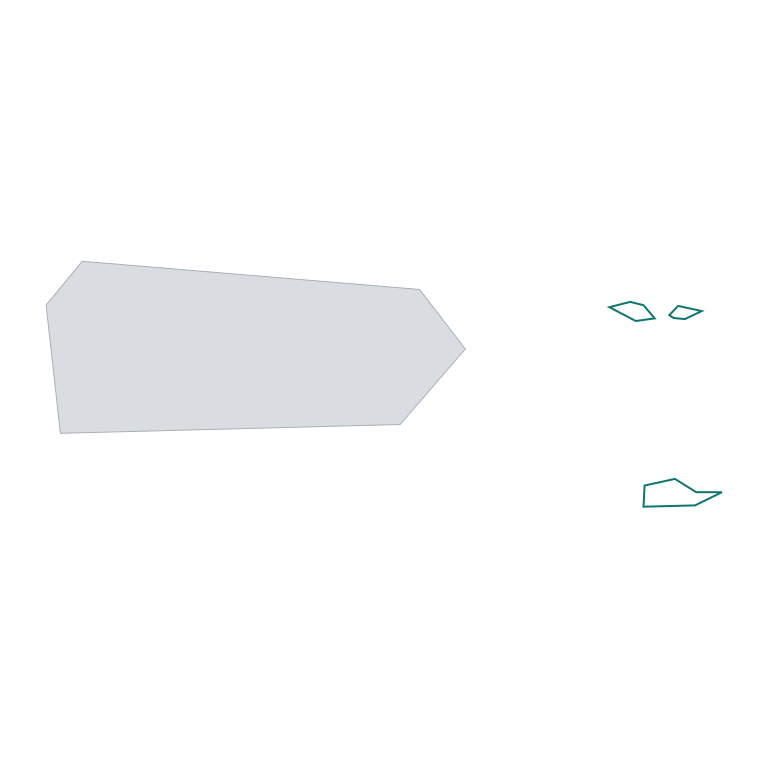 United States Virgin Islands highlighted among its neighbors
{"feature_id": "VIR", "entity_name": "United States Virgin Islands", "entity_type": "country or territory", "adm_level": 0, "iso_a3": "VIR", "parent_name": "North America", "parent_adm1": "", "projection": "natural_earth1", "projection_center": [-64.793, 18.043], "detail": "fine", "context": "with_neighbors", "style": "outline", "palette": "teal", "viewbox_px": 768, "rotation_deg": 0, "n_neighbors": 1, "source": "natural_earth", "source_scale": "50m", "svg_char_len": 499}
<svg xmlns="http://www.w3.org/2000/svg" viewBox="0 0 768 768"><path d="M82.2,261.3L419.6,289.5L465.3,349.0L400.1,424.5L60.4,433.3L46.1,305.1L82.2,261.3Z" fill="#d9dde1" stroke="#a8b0b8" stroke-width="1"/><path d="M674.9,478.9L696.2,492.2L721.9,492.2L695.0,505.4L643.5,506.7L644.6,485.5L674.9,478.9ZM654.7,318.4L635.7,321.0L609.4,307.2L630.1,301.9L643.5,305.2L654.7,318.4ZM701.7,311.1L684.9,319.1L673.6,318.0L669.3,315.1L678.2,305.9L701.7,311.1Z" fill="none" stroke="#0f766e" stroke-width="2"/></svg>